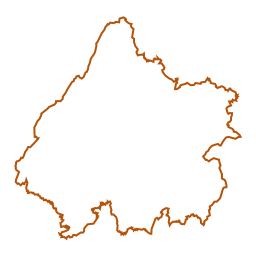 the district of Katha, Sagaing, Myanmar
{"feature_id": "60261553B54197947879165", "entity_name": "Katha", "entity_type": "district", "adm_level": 2, "iso_a3": "MMR", "parent_name": "Myanmar", "parent_adm1": "Sagaing", "projection": "albers", "projection_center": [95.892, 24.22], "detail": "fine", "context": "isolated", "style": "outline", "palette": "amber", "viewbox_px": 256, "rotation_deg": 0, "n_neighbors": 0, "source": "geoboundaries", "source_scale": "gbopen_adm2", "svg_char_len": 5781}
<svg xmlns="http://www.w3.org/2000/svg" viewBox="0 0 256 256"><path d="M224.9,88.1L222.5,86.4L221.3,86.3L219.7,87.3L218.4,87.3L217.6,88.1L215.8,86.7L216.2,85.9L215.1,84.0L210.8,83.0L210.4,81.1L208.9,80.4L209.6,79.0L209.1,78.7L208.6,79.9L207.8,79.4L207.4,78.4L205.2,81.9L201.1,82.4L200.7,83.8L195.5,83.0L194.0,84.9L191.5,85.2L190.6,85.1L187.1,82.8L185.8,83.8L180.7,85.1L179.6,86.7L179.9,87.1L177.0,89.1L175.0,89.1L176.1,83.4L177.1,83.0L176.6,81.6L177.5,78.6L175.7,78.9L176.0,80.2L176.6,80.3L174.0,81.8L171.5,79.3L169.6,78.7L165.5,75.7L162.7,72.0L162.2,70.1L164.0,69.2L164.4,67.3L161.7,63.4L159.2,63.4L161.3,60.6L160.3,59.4L159.1,59.4L157.6,57.7L157.9,59.3L156.0,59.4L154.9,58.4L153.8,59.1L153.5,61.8L150.1,60.5L148.8,61.1L148.5,60.3L147.0,61.3L146.7,59.6L145.4,59.4L145.2,58.1L144.1,57.9L143.9,53.6L142.5,54.9L141.1,54.6L137.8,55.4L136.4,52.2L137.7,49.9L137.6,49.0L135.2,45.9L133.9,41.4L134.1,38.9L132.1,37.4L133.5,29.0L131.3,27.0L130.9,25.3L131.5,24.0L129.0,23.4L126.0,21.1L125.2,20.0L125.9,19.5L125.4,18.4L123.5,17.4L119.6,18.6L119.1,22.3L115.5,21.9L115.1,22.6L113.1,23.0L110.1,22.7L108.7,24.5L107.6,24.1L106.6,25.9L105.7,26.5L104.2,30.1L101.9,33.0L97.8,41.4L96.2,43.5L96.4,45.7L95.3,51.0L94.3,53.7L90.9,58.5L89.6,63.6L88.4,66.2L88.1,68.9L86.9,71.8L85.5,72.5L83.6,77.0L81.7,78.6L79.6,77.4L78.8,75.8L76.5,76.4L75.7,78.2L74.0,79.3L73.8,81.1L72.1,81.9L67.7,88.8L65.5,93.0L62.8,96.7L62.8,98.6L61.1,100.7L60.3,101.1L56.0,101.2L56.1,102.6L54.6,104.5L48.8,107.1L47.6,108.7L41.3,113.6L41.4,114.8L39.6,118.8L37.5,121.1L34.3,127.7L34.7,136.9L36.3,136.7L37.4,138.5L38.3,138.3L37.9,139.2L30.3,147.2L28.1,147.0L27.0,149.4L25.1,152.0L23.9,155.7L22.6,158.0L21.1,157.7L20.4,159.5L19.0,160.7L16.8,161.4L15.9,162.7L16.2,163.6L15.4,166.2L15.9,167.1L15.7,168.6L16.3,169.9L19.0,172.0L15.9,180.1L15.8,182.0L17.5,183.9L18.5,183.4L20.7,185.3L22.8,183.1L23.2,183.8L24.2,184.0L24.1,183.6L25.9,181.5L26.3,179.8L27.4,182.8L26.2,187.9L26.9,190.6L27.6,190.7L27.1,191.3L27.4,191.7L27.9,191.4L28.3,192.5L28.1,193.1L28.7,193.2L29.2,192.4L31.8,192.5L32.6,193.2L33.4,192.8L34.7,194.6L36.8,194.3L37.7,195.1L38.3,194.7L38.4,195.4L40.1,196.3L40.4,197.8L41.5,197.9L41.7,198.6L43.2,198.3L43.8,200.2L45.9,199.9L46.5,201.0L46.5,200.3L47.3,201.0L48.4,200.8L48.4,201.7L49.3,201.1L50.0,202.6L50.8,201.9L51.4,202.9L52.3,202.5L52.7,203.4L51.5,204.2L53.2,205.3L53.2,207.7L54.3,208.7L55.1,208.2L56.1,208.4L56.2,211.3L57.7,213.2L62.7,215.0L62.5,215.9L59.8,216.4L59.8,216.9L62.0,217.7L61.4,219.3L63.3,220.2L61.9,222.0L60.4,223.0L61.2,227.0L63.7,226.3L66.7,228.0L67.5,227.6L67.3,226.9L65.3,226.7L65.3,226.0L66.1,225.5L69.1,227.0L69.3,227.6L68.2,229.8L65.1,231.3L61.9,232.2L60.6,234.5L59.5,233.8L59.8,234.7L62.0,235.8L61.4,237.1L63.9,236.8L66.4,238.6L66.5,237.6L68.4,236.2L68.8,236.0L69.9,237.4L72.1,237.0L73.3,235.0L74.8,234.9L76.2,235.6L80.8,232.5L82.7,232.7L83.9,231.6L84.4,228.1L87.7,224.3L93.6,223.6L97.2,218.2L96.6,218.4L96.7,217.7L97.7,216.1L96.7,216.1L96.7,215.6L97.5,213.5L96.6,213.7L96.7,212.9L95.5,212.4L94.9,213.2L93.2,212.5L92.9,210.9L91.9,210.3L91.8,209.4L92.5,208.7L94.1,209.4L94.3,208.4L94.9,208.0L97.1,208.2L98.4,207.6L99.8,208.7L99.7,207.8L100.2,207.8L100.3,206.9L99.4,207.1L100.7,205.3L101.1,206.3L100.9,204.1L102.0,204.4L101.3,203.1L102.2,203.4L102.2,202.6L102.9,202.8L103.1,204.4L103.9,203.9L105.1,204.8L105.6,203.7L106.7,203.5L106.1,203.1L107.7,202.0L107.7,201.5L108.3,202.1L110.0,201.5L110.8,203.4L110.1,205.2L111.5,210.3L111.0,211.3L111.6,214.5L113.6,214.5L116.2,217.2L116.7,218.7L117.4,221.9L116.9,223.2L117.6,225.2L117.2,230.3L118.5,231.8L119.6,231.2L120.5,232.6L121.5,232.4L121.5,234.4L122.9,233.5L123.2,234.0L123.4,233.3L124.2,232.9L125.1,234.3L125.9,233.6L126.1,232.2L127.1,231.7L127.6,229.2L131.2,227.5L131.3,228.1L132.2,227.9L131.9,228.7L132.8,229.5L133.8,229.5L133.9,230.3L135.0,229.1L135.7,230.0L136.6,229.1L137.3,229.9L137.9,229.0L142.2,229.7L143.6,228.9L144.6,229.6L145.0,229.2L146.2,230.4L145.8,230.7L149.5,233.5L151.3,233.8L151.6,228.9L155.5,218.7L157.0,217.8L158.4,219.4L159.2,218.1L161.4,217.0L162.1,214.6L162.7,214.1L162.5,213.5L160.8,212.6L161.0,212.0L162.0,211.2L162.6,210.0L166.1,208.1L168.6,208.7L167.7,211.3L168.3,212.8L166.5,215.0L166.6,215.5L168.0,215.7L169.4,217.8L168.7,222.0L169.7,225.3L171.2,223.0L173.1,221.6L174.2,221.9L176.1,221.3L176.3,221.9L177.6,221.8L178.9,220.5L179.5,220.9L179.3,222.2L180.4,222.7L181.2,224.0L184.2,224.2L185.5,221.4L185.7,219.6L187.2,219.1L187.4,218.4L186.4,216.7L188.4,216.0L189.3,216.8L190.2,216.5L191.4,214.7L193.1,214.3L193.4,215.6L194.2,215.5L194.4,216.2L196.5,215.4L198.0,217.8L198.6,217.4L199.8,218.1L200.9,220.3L201.0,223.0L203.6,225.1L204.2,223.9L203.8,223.4L204.4,222.5L204.2,221.4L207.3,219.0L207.3,216.7L209.8,215.4L209.0,210.1L209.8,209.6L210.0,208.6L209.8,206.3L212.0,205.1L214.4,201.7L216.7,201.7L219.3,199.2L220.3,197.7L223.0,188.7L223.8,187.6L226.4,187.2L226.5,185.7L225.5,181.3L224.4,179.6L222.7,179.1L221.9,178.3L222.0,174.3L219.4,168.0L220.5,165.2L219.3,162.0L219.1,159.8L213.8,158.2L210.7,159.8L209.0,161.4L206.8,159.8L205.7,159.9L203.1,156.6L205.2,154.5L206.2,152.2L208.3,150.7L209.8,147.9L212.2,145.7L217.1,144.1L218.3,144.1L219.3,145.2L220.7,145.6L223.2,141.1L226.0,137.5L228.6,136.9L235.4,138.8L238.5,137.0L240.6,136.8L239.7,135.2L236.2,132.1L233.8,131.7L233.9,131.1L232.5,128.9L228.4,127.0L228.7,125.4L227.6,125.3L227.2,124.5L228.5,122.2L229.7,121.9L231.0,120.2L231.1,117.1L231.8,115.7L232.0,113.1L229.3,113.1L228.5,113.9L227.6,112.8L226.4,108.8L227.0,107.5L228.4,106.5L231.1,105.5L229.1,101.5L230.8,101.3L232.3,102.0L232.1,100.6L232.7,99.8L233.1,100.6L234.3,100.2L236.4,100.7L236.0,98.7L237.3,97.9L236.9,96.8L237.6,96.4L237.0,96.1L237.3,95.4L235.8,96.2L235.7,95.3L236.4,94.5L235.5,92.2L232.6,90.9L230.7,89.5L230.4,88.6L229.6,88.5L228.1,90.7L227.8,89.8L225.5,90.1L224.9,88.1Z" fill="none" stroke="#b45309" stroke-width="2"/></svg>